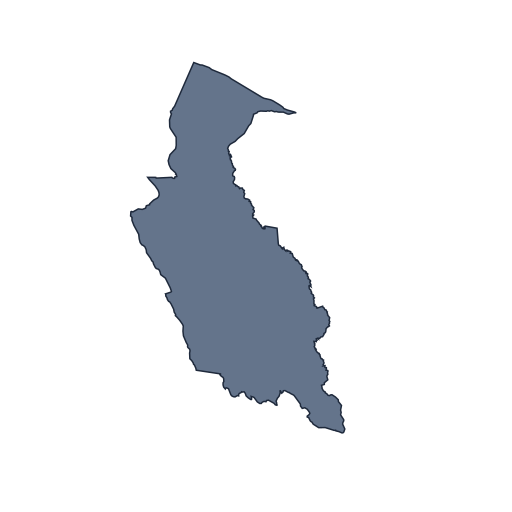 outline of Bakan, Pouthisat, Cambodia, rotated 146°
{"feature_id": "14789045B65386681247425", "entity_name": "Bakan", "entity_type": "district", "adm_level": 2, "iso_a3": "KHM", "parent_name": "Cambodia", "parent_adm1": "Pouthisat", "projection": "equal_earth", "projection_center": [103.706, 12.696], "detail": "fine", "context": "isolated", "style": "filled", "palette": "slate", "viewbox_px": 512, "rotation_deg": 146, "n_neighbors": 0, "source": "geoboundaries", "source_scale": "gbopen_adm2", "svg_char_len": 6137}
<svg xmlns="http://www.w3.org/2000/svg" viewBox="0 0 512 512"><g transform="rotate(146 256 256)"><path d="M232.8,312.1L230.5,314.0L230.6,315.6L229.0,316.9L229.7,318.5L229.3,319.9L230.8,321.0L232.0,321.1L231.6,322.9L232.3,323.8L232.5,325.1L233.5,325.4L233.0,326.5L233.5,327.0L234.1,328.9L233.4,330.3L231.1,331.4L229.9,332.9L229.6,334.1L230.3,335.0L230.4,335.7L229.1,337.5L226.1,338.8L225.3,338.6L224.5,339.4L224.6,340.7L225.4,342.1L224.6,342.9L224.8,343.2L224.7,344.6L224.0,345.8L224.2,346.7L223.2,348.6L223.4,350.1L222.9,350.4L223.0,351.1L221.9,352.7L221.0,351.8L220.7,352.2L220.6,353.3L221.5,354.0L220.4,354.2L220.4,354.7L221.5,355.6L221.4,356.2L220.0,357.5L220.3,357.7L220.3,358.5L219.7,358.8L219.3,361.1L217.3,362.4L214.9,363.1L209.1,362.7L205.5,363.5L197.3,364.1L189.1,368.1L186.2,368.7L179.5,374.0L178.8,374.9L175.1,374.1L173.8,374.6L171.1,373.6L166.5,370.2L165.0,369.8L163.9,368.6L162.0,368.0L160.0,365.2L158.2,364.3L157.1,362.9L152.8,359.9L150.5,356.2L149.3,355.1L144.8,353.6L142.6,352.2L143.6,353.9L148.3,359.4L150.5,362.7L150.5,364.2L151.6,367.3L155.1,375.0L156.5,377.3L161.3,382.4L162.5,384.6L177.4,416.6L178.3,419.5L180.3,423.1L188.4,435.2L189.5,438.4L193.8,444.4L195.4,445.6L199.4,451.2L239.7,425.7L242.7,424.7L243.9,423.7L245.9,423.8L246.6,422.6L246.6,421.1L251.6,417.2L255.3,411.3L255.7,409.5L255.8,399.1L260.3,392.3L262.6,389.9L270.6,388.1L275.5,384.1L277.0,380.4L277.7,376.0L276.3,370.4L276.4,368.6L276.8,368.6L276.6,367.9L277.2,366.2L279.1,366.9L280.1,365.9L280.9,366.4L281.7,367.5L281.8,368.3L295.2,376.4L295.1,377.2L301.8,381.8L301.7,379.0L300.4,370.5L300.4,365.3L301.0,362.8L302.1,360.8L303.9,359.5L305.4,359.2L309.6,359.6L315.0,358.7L315.5,358.0L318.8,359.0L320.8,357.4L324.2,358.2L327.3,360.9L333.4,361.4L334.4,362.6L335.0,362.6L337.6,359.3L337.2,357.4L338.9,354.9L340.1,349.7L341.1,339.6L343.3,335.4L344.5,331.9L344.4,329.1L343.6,327.8L343.0,325.8L343.5,322.7L344.9,319.9L344.7,313.0L345.1,310.4L344.7,308.5L345.4,306.8L345.9,302.8L345.7,301.4L344.4,299.7L344.1,298.3L344.4,296.6L345.4,293.8L343.5,288.3L344.9,277.6L345.9,273.9L346.9,273.7L352.2,275.2L352.2,274.8L353.2,273.2L353.2,271.3L353.8,269.3L353.8,267.2L353.2,266.3L353.2,263.8L354.0,258.0L355.2,255.2L355.3,252.5L356.2,251.6L355.8,250.2L355.2,245.5L355.1,240.7L355.4,238.7L358.6,234.5L360.8,230.4L362.2,223.3L362.4,220.4L363.5,219.0L363.6,218.1L363.1,215.9L363.7,214.3L365.3,212.7L368.3,207.8L367.8,205.4L367.8,202.6L368.3,201.2L368.0,200.1L368.6,196.7L369.4,194.7L350.9,177.7L352.1,178.2L352.3,177.8L352.0,175.7L351.2,173.8L351.4,172.4L352.9,169.9L354.2,169.3L355.4,167.5L356.1,165.4L355.8,162.9L355.0,163.4L354.2,163.2L353.0,161.4L354.4,155.2L354.4,153.8L353.5,152.1L352.2,150.9L349.5,150.7L348.6,149.7L347.7,151.0L346.7,151.4L344.7,151.1L343.8,151.5L343.4,150.8L341.8,150.1L341.7,148.1L342.4,145.6L341.8,142.9L340.7,140.1L340.1,139.6L339.6,139.8L338.5,142.3L337.1,140.5L336.7,139.8L336.5,134.3L335.4,131.7L334.1,130.8L332.7,131.3L330.7,131.0L329.2,129.6L328.1,130.3L326.3,129.5L323.4,123.8L323.2,121.8L322.2,120.6L321.8,120.7L321.8,121.7L321.1,122.4L320.5,124.5L317.6,126.2L315.4,126.8L312.4,129.0L311.5,130.7L311.2,130.6L311.4,127.9L309.7,128.1L308.6,129.0L307.2,128.2L305.4,124.7L304.7,124.2L304.5,123.1L302.6,119.7L302.4,118.7L302.0,108.5L303.0,106.7L302.9,103.8L300.4,102.9L299.2,100.3L299.1,96.5L299.4,95.4L300.7,94.8L303.1,94.6L303.6,93.9L302.7,92.5L303.2,89.2L303.1,88.2L302.5,86.9L302.6,84.6L300.0,78.6L294.6,75.1L288.7,67.7L287.4,67.0L287.6,66.4L285.5,64.1L283.7,61.3L282.8,60.8L281.6,61.0L279.1,62.9L278.2,68.1L277.3,69.2L275.4,70.3L274.8,71.3L274.7,77.0L272.9,78.7L272.0,81.0L268.7,84.3L269.1,89.2L268.2,90.8L269.0,94.7L270.6,98.5L272.0,99.2L273.0,99.1L274.2,100.2L274.3,102.2L275.1,103.9L274.7,104.5L274.8,105.1L275.3,105.7L275.5,106.9L275.2,109.6L274.7,110.1L274.0,112.2L271.2,111.3L270.2,112.7L265.7,113.2L264.7,116.4L263.7,117.4L262.7,117.6L261.8,119.4L260.6,120.4L260.6,121.1L261.8,122.1L260.2,123.8L260.1,124.1L261.1,124.9L261.1,125.4L260.1,126.5L261.5,127.2L260.9,127.3L261.2,128.3L259.4,129.3L258.9,131.4L258.2,131.9L258.8,132.9L258.7,133.8L259.5,134.6L258.7,137.6L258.2,138.1L258.5,139.6L258.1,139.9L259.0,141.5L259.1,142.4L259.1,144.4L258.5,144.7L258.9,145.8L258.3,145.9L258.6,147.2L258.4,148.3L257.4,148.8L257.1,149.7L256.3,150.1L256.4,150.8L255.7,152.8L253.9,151.3L253.4,152.1L252.6,152.0L252.5,153.6L251.3,153.5L250.7,152.1L250.3,153.0L249.2,152.1L247.5,152.6L245.9,151.9L243.4,153.0L243.0,153.8L241.4,153.7L240.5,154.3L238.5,156.6L236.1,157.2L235.6,156.9L234.2,157.0L234.1,158.4L232.6,159.2L232.3,159.9L231.4,160.5L231.5,161.6L229.4,163.7L229.7,167.0L229.2,167.5L228.8,169.1L228.2,169.7L228.5,170.0L228.1,171.5L228.1,172.2L229.0,173.1L228.6,174.7L229.1,175.8L228.8,177.1L234.5,178.6L234.7,179.1L234.2,179.5L234.4,180.7L235.5,182.3L234.3,182.9L234.8,183.9L232.8,186.7L232.4,188.3L231.0,188.6L231.3,190.0L230.4,191.0L230.3,191.7L231.1,194.1L230.1,194.9L230.1,195.9L229.6,197.4L230.1,198.6L229.9,199.4L228.8,201.6L228.2,201.7L227.6,200.0L227.4,200.8L226.6,201.2L226.0,204.3L225.0,204.5L224.7,204.9L224.9,207.0L225.5,208.0L224.4,209.2L224.6,210.8L223.1,212.2L223.1,212.7L224.3,213.3L224.2,214.3L223.5,214.3L223.3,214.8L223.9,216.3L224.6,216.7L224.8,217.9L224.9,220.1L224.3,221.4L223.8,221.4L223.3,223.4L224.0,224.7L224.2,226.0L223.9,227.9L224.2,229.9L224.5,230.2L224.9,229.5L225.5,230.5L225.0,232.2L225.7,234.3L224.6,237.8L226.0,239.2L224.9,239.8L224.9,240.3L226.0,241.9L226.9,242.2L226.6,243.0L227.0,243.6L227.7,243.9L228.4,243.3L229.0,246.1L228.4,246.6L228.5,247.0L228.1,247.7L229.9,248.0L229.7,247.6L230.2,247.3L230.2,250.8L231.1,252.1L230.7,253.6L223.0,267.3L231.7,275.7L232.2,275.4L233.1,275.7L233.3,275.3L232.7,274.3L233.3,273.6L234.0,273.9L233.7,274.6L234.2,275.1L234.9,274.8L235.3,275.5L234.9,276.8L235.2,277.3L235.2,278.3L234.6,278.5L235.3,280.5L235.0,281.4L235.5,285.3L235.3,286.6L237.3,289.1L236.4,291.3L235.9,291.5L235.4,291.0L235.0,291.3L235.5,291.9L235.3,292.8L232.7,293.6L232.0,294.8L232.5,296.1L230.8,297.2L231.3,300.6L230.7,301.5L230.9,303.0L230.1,303.8L230.2,304.4L231.1,305.1L230.1,305.9L230.8,307.5L231.7,308.6L232.4,308.8L233.3,310.6L232.8,312.1Z" fill="#64748b" stroke="#1e293b" stroke-width="1.5"/></g></svg>